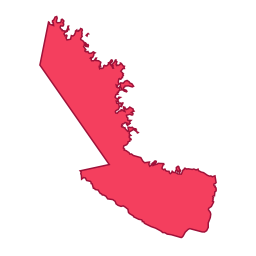 the district of West Makira, Makira, Solomon Islands, rotated 186°
{"feature_id": "97153195B7459502303210", "entity_name": "West Makira", "entity_type": "district", "adm_level": 2, "iso_a3": "SLB", "parent_name": "Solomon Islands", "parent_adm1": "Makira", "projection": "orthographic", "projection_center": [161.497, -10.428], "detail": "fine", "context": "isolated", "style": "filled", "palette": "rose", "viewbox_px": 256, "rotation_deg": 186, "n_neighbors": 0, "source": "geoboundaries", "source_scale": "gbopen_adm2", "svg_char_len": 5916}
<svg xmlns="http://www.w3.org/2000/svg" viewBox="0 0 256 256"><g transform="rotate(186 128 128)"><path d="M222.2,181.4L142.8,89.7L171.1,80.4L170.0,79.4L170.2,77.7L169.4,76.0L168.8,72.3L166.9,74.1L165.1,73.8L163.7,71.5L159.8,71.0L159.0,70.1L158.8,68.9L157.8,68.7L156.1,64.4L155.0,64.5L154.2,63.4L151.3,63.2L148.7,60.0L147.4,59.7L146.6,58.7L145.3,58.8L142.9,57.9L140.8,55.4L135.6,55.2L133.1,53.7L131.9,51.3L129.9,50.1L126.7,49.3L124.6,50.1L122.2,48.9L119.6,47.2L118.7,44.1L117.6,43.1L113.4,41.1L113.1,40.3L107.7,38.3L104.9,38.1L104.2,37.5L104.0,36.4L102.6,36.5L101.9,35.2L100.8,34.6L94.8,32.4L90.1,31.3L84.5,29.0L82.5,27.6L80.4,27.8L78.0,26.6L73.7,26.4L63.7,24.6L63.0,24.9L61.9,26.3L60.2,30.4L57.7,33.4L56.1,34.4L43.4,32.4L41.0,32.6L39.1,34.1L37.8,37.5L38.3,42.0L36.8,47.5L36.7,51.0L37.4,52.8L39.5,55.1L39.4,56.5L36.9,58.7L35.2,63.1L35.2,63.7L36.3,64.1L35.8,65.5L36.3,66.4L35.7,67.5L36.6,68.5L36.1,69.4L34.9,69.6L35.0,73.5L34.0,74.3L33.8,75.4L34.2,77.6L35.3,78.3L35.1,79.2L36.5,79.7L36.8,80.4L36.4,81.6L35.5,81.8L34.7,82.9L36.5,89.5L39.0,88.3L40.6,89.0L41.6,88.6L43.9,89.2L48.2,91.5L50.5,91.8L53.5,93.0L54.0,94.4L55.9,93.4L58.2,94.1L59.8,93.5L63.7,93.7L65.6,93.3L67.1,94.0L67.6,93.8L67.9,92.6L68.9,91.9L70.1,87.7L73.5,87.5L76.2,88.7L78.1,88.6L79.5,89.6L79.9,88.2L81.2,87.0L82.2,87.8L82.6,89.2L85.0,89.1L86.1,89.6L87.0,91.0L88.1,90.2L89.8,91.1L90.0,92.2L89.2,95.0L88.5,95.4L88.8,96.3L94.3,96.0L95.0,95.2L96.8,94.5L97.5,95.5L96.5,96.6L96.4,97.8L97.6,98.1L98.5,97.4L98.5,96.3L99.2,96.1L97.7,94.2L99.2,93.3L100.0,95.9L100.3,94.3L101.0,94.4L100.8,93.5L102.4,92.2L103.5,94.2L103.1,96.4L107.9,95.2L109.9,96.7L112.2,99.9L119.8,101.2L121.8,102.5L123.5,102.3L124.4,103.6L127.6,105.3L129.5,105.7L129.3,106.7L130.5,107.5L130.3,109.8L127.6,111.2L126.4,113.2L126.5,114.3L124.8,115.1L124.7,116.7L123.7,116.8L123.9,117.4L125.7,118.6L125.9,120.3L124.4,120.9L126.2,122.3L126.2,124.2L122.6,126.9L120.6,126.9L119.7,127.6L120.1,128.0L122.4,128.1L123.9,129.2L125.0,128.7L127.3,128.9L128.0,128.4L127.0,125.0L127.9,124.6L130.6,126.8L131.1,128.0L132.0,127.8L133.0,128.5L133.9,128.3L134.6,129.1L134.0,129.9L134.5,130.3L134.4,130.9L133.6,131.7L133.0,131.6L131.5,133.2L129.3,132.7L130.0,131.9L128.7,130.4L127.9,131.8L127.3,131.8L127.0,132.6L126.4,132.8L127.2,134.3L125.9,135.8L128.9,135.7L129.3,136.8L129.1,137.9L130.3,138.7L130.9,140.5L127.5,141.9L125.9,141.3L124.8,141.5L124.5,142.7L126.3,143.9L123.8,145.4L124.7,146.1L124.9,147.4L128.4,149.0L129.9,147.2L131.6,146.3L133.0,147.4L133.2,148.2L134.6,148.5L134.6,147.3L133.9,146.8L132.8,144.1L134.8,144.7L134.9,145.3L136.7,145.5L136.7,144.4L138.7,143.8L140.3,141.5L141.7,141.6L142.3,142.8L141.9,143.9L139.4,145.8L138.8,148.0L139.8,151.2L141.8,151.4L142.5,153.5L139.7,153.2L140.6,153.7L141.0,154.9L140.5,156.2L138.8,157.6L140.3,157.7L141.6,155.4L144.1,157.3L143.5,160.0L141.7,160.6L142.3,161.0L142.2,162.4L141.3,162.4L141.0,163.9L139.6,164.9L140.2,165.3L140.7,167.9L141.4,166.9L142.2,166.9L143.6,167.6L144.0,168.8L143.4,168.6L143.8,169.3L143.1,169.0L141.5,170.9L142.5,172.7L142.3,175.7L141.6,176.3L140.8,175.7L140.1,175.9L139.2,177.8L138.8,177.7L138.9,178.9L138.1,179.7L138.9,180.9L138.3,181.4L141.1,183.8L139.3,186.5L137.8,186.8L138.4,188.3L138.0,189.0L139.4,189.3L141.4,191.5L142.3,191.8L142.2,191.0L143.2,189.9L144.4,189.2L145.1,189.5L145.6,188.9L146.5,189.7L146.0,192.8L147.5,193.3L150.6,189.2L149.4,188.5L149.5,187.5L148.8,186.0L149.5,186.0L150.3,188.0L151.0,188.1L152.0,189.2L152.0,190.1L152.5,190.1L152.4,191.1L151.1,191.7L150.4,192.9L150.8,193.8L151.7,194.0L153.2,191.2L154.3,190.8L154.1,189.3L155.4,187.8L156.4,187.4L158.0,187.9L158.7,187.1L158.5,186.2L159.2,184.9L160.2,184.4L161.4,184.7L162.4,183.9L163.1,185.9L163.0,186.5L161.7,186.4L162.3,188.2L161.9,190.5L164.2,191.8L167.5,191.8L166.7,194.2L167.4,194.1L168.4,191.9L169.4,191.2L171.3,191.1L171.8,192.2L171.7,193.2L172.8,193.4L172.4,194.2L170.6,194.4L169.7,196.8L169.7,198.5L168.6,199.3L170.5,200.1L172.3,198.5L174.3,198.2L175.2,198.7L175.8,199.9L177.6,199.3L179.0,200.1L178.8,201.1L178.1,201.4L180.7,204.4L180.0,205.5L180.2,206.9L179.0,206.7L178.5,204.8L176.2,204.6L176.0,206.1L176.5,206.8L177.4,206.5L179.1,208.2L180.9,208.8L181.9,209.9L184.3,211.1L184.4,212.2L183.1,214.5L183.8,215.3L183.5,216.9L184.1,218.9L183.6,220.4L184.0,221.5L185.5,222.0L186.4,219.8L187.4,219.8L187.6,219.0L188.9,219.1L189.2,220.1L190.4,218.9L190.2,217.8L191.1,214.9L192.5,213.7L194.0,214.0L194.4,210.3L197.9,209.2L199.1,211.2L198.5,212.2L198.4,213.7L199.1,214.0L200.2,213.0L201.5,214.9L200.8,216.5L198.6,217.7L198.0,219.6L197.1,219.7L197.9,221.7L198.4,221.5L198.8,219.5L199.8,217.8L203.7,218.0L203.8,218.9L205.4,219.7L206.0,221.2L205.7,222.5L203.3,222.6L202.9,223.4L202.8,224.7L203.7,225.9L203.0,226.8L203.1,228.0L204.8,229.3L205.6,228.9L205.7,226.8L206.2,225.9L209.2,225.2L210.1,225.9L210.4,227.0L209.9,229.9L210.6,231.4L212.1,230.7L213.2,227.6L214.3,226.8L214.2,225.4L213.4,225.2L213.1,223.9L213.5,223.5L213.0,223.4L212.7,222.1L216.6,223.0L217.3,224.7L218.1,225.1L222.2,181.4ZM140.4,171.3L139.7,167.9L138.5,166.5L138.2,165.2L136.7,165.3L135.7,164.3L133.3,163.8L132.9,164.4L133.8,165.4L136.6,166.0L136.5,167.9L135.5,168.6L135.3,169.4L132.0,170.0L128.0,169.3L126.8,170.1L128.7,172.3L131.1,173.1L131.6,174.0L133.9,175.2L135.9,174.2L137.3,172.1L140.0,172.1L140.4,171.3ZM75.8,93.8L75.6,91.4L74.9,91.3L73.7,89.4L72.7,90.7L72.0,89.2L71.2,91.1L72.8,92.9L73.3,94.6L74.2,95.2L75.8,93.8ZM137.6,148.7L136.8,148.6L135.4,153.0L137.1,150.4L137.6,148.7ZM179.3,215.8L178.4,215.2L178.2,216.7L178.5,216.8L179.3,215.8ZM138.9,152.0L137.9,151.3L137.5,151.8L137.6,152.1L138.9,152.0ZM147.8,193.8L147.1,193.8L147.0,194.3L147.6,194.3L147.8,193.8ZM198.4,222.8L198.0,222.2L197.7,223.1L198.1,223.1L198.4,222.8ZM120.3,126.0L119.4,125.5L119.1,125.8L119.8,126.3L120.3,126.0ZM76.0,91.0L76.1,89.8L75.7,90.3L76.0,91.0ZM118.3,124.3L117.8,124.1L117.4,124.6L118.0,124.7L118.3,124.3ZM177.6,217.8L178.1,217.2L177.2,217.5L177.6,217.8Z" fill="#f43f5e" stroke="#9f1239" stroke-width="1.5"/></g></svg>